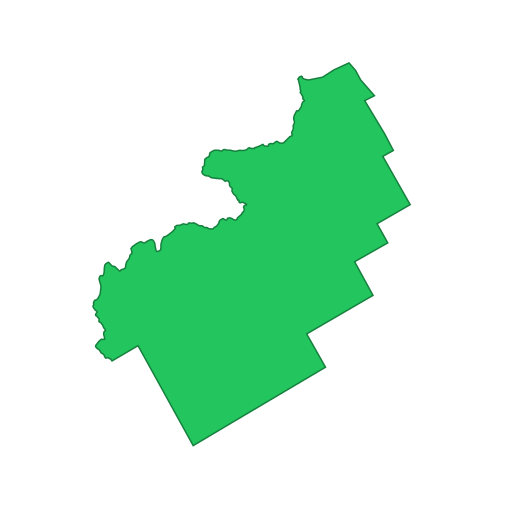 outline of Marinette, Wisconsin, United States of America, rotated 239°
{"feature_id": "52423323B24542313497081", "entity_name": "Marinette", "entity_type": "district", "adm_level": 2, "iso_a3": "USA", "parent_name": "United States of America", "parent_adm1": "Wisconsin", "projection": "mercator", "projection_center": [-87.807, 45.381], "detail": "fine", "context": "isolated", "style": "filled", "palette": "green", "viewbox_px": 512, "rotation_deg": 239, "n_neighbors": 0, "source": "geoboundaries", "source_scale": "gbopen_adm2", "svg_char_len": 4232}
<svg xmlns="http://www.w3.org/2000/svg" viewBox="0 0 512 512"><g transform="rotate(239 256 256)"><path d="M306.1,104.7L303.4,102.5L300.7,98.0L300.8,95.5L301.1,95.3L300.7,94.1L299.5,92.5L297.9,92.0L297.1,90.5L295.8,90.1L295.1,90.1L292.1,90.4L290.8,91.2L290.1,91.1L289.5,90.7L289.1,89.3L288.7,88.7L288.1,88.1L287.7,88.0L287.1,88.1L286.8,88.5L282.7,89.1L281.2,87.9L280.5,87.6L278.8,88.6L275.8,88.9L272.6,88.5L271.1,88.9L269.8,88.6L269.4,88.0L269.6,87.4L268.7,86.0L267.0,84.9L265.6,84.6L262.6,83.5L263.6,81.2L264.1,81.0L264.3,80.2L263.8,77.5L262.1,73.0L261.5,72.2L261.0,71.9L259.7,71.9L257.9,72.5L256.2,73.4L252.9,73.3L251.0,74.3L249.9,74.7L248.7,74.7L247.9,74.4L246.0,74.5L245.8,74.7L245.6,75.9L244.4,77.2L243.3,77.7L242.6,78.4L240.2,78.5L239.9,108.7L125.8,104.5L125.6,149.6L124.9,258.3L163.1,259.3L162.0,336.0L200.3,337.6L199.4,375.7L221.3,376.4L220.6,414.6L257.0,415.5L276.1,416.0L275.7,428.1L294.7,429.2L333.2,429.2L332.4,440.1L353.0,436.4L363.7,436.9L373.6,435.2L375.4,418.8L375.0,405.1L379.8,391.7L382.5,388.7L384.7,387.4L385.7,388.0L386.8,387.4L387.1,385.5L386.1,383.0L385.6,383.2L378.4,380.9L376.3,379.8L374.4,379.4L374.1,379.1L373.8,378.5L373.2,378.1L371.8,378.3L368.0,378.1L366.7,377.1L365.2,377.5L364.4,377.6L364.0,377.2L363.9,375.3L363.7,375.0L362.1,372.9L360.9,372.0L360.5,371.5L358.7,367.6L358.6,367.1L359.4,365.8L359.4,365.4L356.9,361.4L355.5,359.9L354.3,359.0L353.4,358.6L351.7,358.3L350.8,357.8L349.6,356.7L349.3,356.1L348.4,354.8L346.3,353.9L344.7,352.1L344.2,351.1L343.2,350.1L342.3,349.6L340.9,349.3L340.6,349.0L340.5,348.5L340.9,346.6L338.8,338.0L338.9,337.5L339.6,335.8L340.6,334.6L343.2,333.2L343.7,332.5L343.7,331.1L343.4,329.6L343.5,328.3L344.9,326.4L345.2,324.8L345.0,324.1L344.1,323.4L344.0,322.7L344.4,322.0L346.2,319.7L346.6,319.6L347.7,319.6L348.1,319.4L348.3,319.0L348.3,316.7L349.0,312.5L349.5,310.9L349.0,310.0L350.9,307.0L352.3,306.0L352.4,304.8L352.0,302.8L352.4,300.6L353.9,297.9L354.9,296.7L355.8,294.1L355.8,293.3L358.4,289.8L359.6,288.9L362.0,285.2L362.7,284.8L363.2,284.3L363.9,282.9L363.7,280.7L363.8,280.2L364.4,279.5L365.7,278.7L368.0,275.0L368.3,272.4L368.2,269.9L367.9,269.3L367.3,268.6L366.4,268.4L365.4,266.4L365.7,264.6L365.4,262.6L365.2,261.9L360.1,258.3L359.9,257.8L359.8,256.2L359.7,255.9L357.2,254.8L356.3,253.1L354.9,252.6L353.8,252.6L351.9,253.4L350.5,254.5L349.8,255.3L349.3,256.4L346.0,258.1L341.5,263.9L340.1,266.0L339.9,266.6L336.0,268.0L335.8,268.4L335.8,269.5L335.0,270.5L332.5,271.0L330.3,269.7L329.6,269.7L328.8,269.7L326.0,270.4L324.5,269.1L323.7,268.7L320.6,268.7L317.6,269.7L313.5,269.1L313.4,269.5L313.0,269.9L312.3,270.0L311.4,269.4L310.5,269.3L309.7,269.8L309.2,271.8L308.8,272.4L305.6,274.4L305.1,274.5L304.7,274.1L304.7,273.7L305.2,272.6L305.0,271.4L304.3,270.5L302.4,270.1L301.7,269.7L300.9,268.9L300.5,268.1L300.4,267.6L300.2,266.6L299.8,265.8L299.3,265.6L298.4,260.7L298.3,259.8L297.1,258.3L297.2,257.2L297.8,256.3L298.6,255.6L300.6,254.6L302.2,253.3L303.0,251.1L302.1,249.7L302.1,249.3L302.3,248.5L304.8,247.2L305.3,246.4L305.2,243.8L305.0,242.9L304.6,242.3L303.2,240.9L301.9,237.6L302.0,234.9L301.4,233.4L301.5,232.8L303.5,229.7L305.9,228.5L306.7,226.6L309.5,225.5L310.4,224.3L310.6,223.6L312.2,222.3L314.1,221.4L316.7,219.6L316.7,218.7L317.1,217.9L318.9,215.6L318.9,215.0L318.4,213.9L318.6,212.9L321.0,210.2L321.2,209.6L321.4,207.4L321.8,206.0L322.8,204.4L323.0,203.7L322.8,201.4L321.1,200.8L320.0,197.3L319.4,192.7L319.2,189.7L319.3,188.4L319.7,187.2L319.7,186.6L318.5,184.3L316.4,182.0L314.9,180.5L312.2,178.9L310.6,177.5L310.4,177.2L310.2,175.8L310.8,173.4L311.6,173.0L316.4,174.6L318.8,175.7L321.5,176.0L323.1,175.6L323.6,175.1L324.2,174.3L324.4,173.4L324.7,170.3L324.6,167.4L324.8,166.8L325.2,166.3L326.6,165.5L327.8,164.3L328.1,160.1L327.7,155.0L326.7,152.6L323.2,151.7L322.0,150.7L321.9,149.3L321.7,148.6L319.3,146.2L317.5,141.9L315.3,139.6L313.9,138.8L313.2,138.1L313.0,135.4L313.6,134.1L313.7,133.3L313.3,132.5L313.3,131.5L313.5,131.2L319.7,129.5L321.1,127.9L322.2,127.3L326.4,126.5L326.6,126.2L326.7,125.5L326.7,123.3L326.3,122.1L324.5,120.3L320.1,117.3L319.2,116.4L317.9,114.7L317.9,114.4L319.1,113.0L319.1,112.3L318.9,111.5L317.6,110.0L316.9,109.5L310.9,107.9L309.1,107.0L306.1,104.7Z" fill="#22c55e" stroke="#15803d" stroke-width="1.5"/></g></svg>